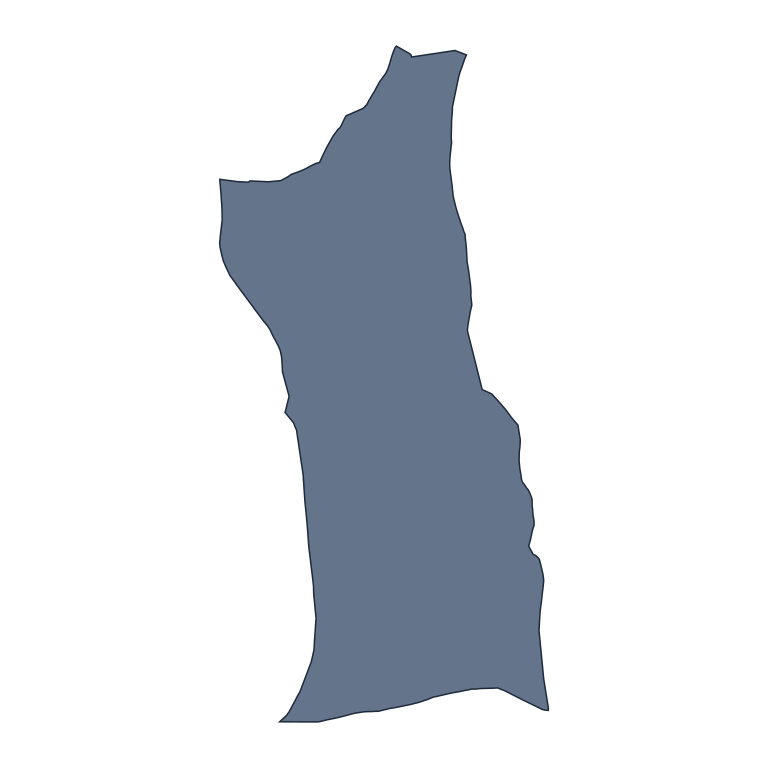 outline of Cap Estate/Saddle Back, Gros Islet, Saint Lucia
{"feature_id": "8701671B10713626030510", "entity_name": "Cap Estate/Saddle Back", "entity_type": "district", "adm_level": 2, "iso_a3": "LCA", "parent_name": "Saint Lucia", "parent_adm1": "Gros Islet", "projection": "equal_earth", "projection_center": [-60.942, 14.101], "detail": "fine", "context": "isolated", "style": "filled", "palette": "slate", "viewbox_px": 768, "rotation_deg": 0, "n_neighbors": 0, "source": "geoboundaries", "source_scale": "gbopen_adm2", "svg_char_len": 3610}
<svg xmlns="http://www.w3.org/2000/svg" viewBox="0 0 768 768"><path d="M548.3,710.4L548.4,708.4L543.7,678.9L539.0,630.4L540.0,613.4L540.2,611.2L540.7,606.7L541.4,602.2L542.1,595.2L542.9,588.9L543.3,585.0L543.7,581.3L543.6,579.3L543.2,575.8L542.8,573.6L542.0,570.3L541.2,566.7L540.3,563.0L539.3,559.3L538.1,557.7L535.6,555.5L533.1,554.3L532.1,552.4L530.4,549.4L528.9,546.4L529.1,544.6L530.4,540.1L532.3,530.8L534.1,525.1L534.1,522.2L533.7,518.7L533.1,515.8L532.8,512.6L532.6,508.9L532.1,505.9L532.1,503.4L532.1,499.4L531.5,497.4L530.1,493.8L528.3,490.0L526.7,488.1L524.2,484.3L522.9,482.8L522.0,481.2L521.5,479.1L521.0,475.6L519.8,468.2L519.1,460.8L519.2,455.6L519.3,451.8L519.8,448.1L520.1,444.3L520.3,439.8L517.9,425.0L515.6,422.4L511.5,417.6L505.9,409.9L497.9,400.7L491.8,394.0L485.8,391.2L482.2,389.6L467.4,330.7L467.8,326.0L469.0,318.8L470.5,310.8L470.9,309.0L471.8,305.3L471.6,302.5L470.8,295.7L471.0,291.7L470.5,285.1L469.9,280.7L469.4,276.5L469.0,273.6L468.4,269.4L467.8,265.8L467.1,262.1L467.0,259.3L466.8,256.4L466.6,251.4L466.2,246.3L465.3,238.1L465.1,234.3L463.9,231.8L463.0,228.7L461.0,223.4L459.3,218.2L456.9,210.9L455.5,205.8L454.1,200.0L453.2,196.1L452.6,190.7L452.1,185.5L451.4,180.2L450.6,174.2L449.9,168.6L449.7,162.7L450.0,157.3L450.6,151.6L451.1,146.8L451.6,142.8L451.2,137.7L451.4,130.6L451.5,126.1L451.6,120.3L452.4,111.3L452.4,107.1L458.6,77.2L459.1,75.3L460.1,71.9L461.5,68.2L462.8,64.5L464.4,59.8L465.6,56.7L466.5,54.9L454.9,50.5L411.6,57.0L411.1,55.0L409.7,53.7L396.3,46.1L395.1,47.6L393.9,50.3L392.5,54.2L391.5,57.2L390.3,61.6L388.0,68.8L385.6,73.6L383.4,76.6L379.6,81.8L376.8,86.9L374.6,91.1L372.6,94.3L370.4,98.1L368.8,100.7L366.6,105.0L365.4,105.8L364.6,107.2L362.6,108.6L346.1,115.8L344.3,119.0L342.8,122.2L341.3,125.4L339.8,127.9L337.9,129.4L335.6,132.7L333.5,135.4L331.0,139.7L326.8,147.2L322.3,156.4L319.6,162.4L315.6,163.5L311.0,165.8L307.1,167.9L304.5,169.3L299.7,171.3L295.1,173.0L291.4,174.3L287.7,176.9L280.9,180.6L269.3,181.7L268.6,181.8L250.0,180.9L248.5,182.2L241.1,181.8L237.3,181.6L219.7,179.3L220.9,192.8L222.0,209.0L222.1,214.3L222.2,219.9L220.5,234.3L219.6,243.4L220.3,248.3L221.3,252.9L222.5,257.9L223.5,261.4L225.8,266.7L230.0,275.6L234.9,282.3L236.1,284.1L262.6,319.9L267.3,325.6L270.0,329.6L272.6,335.3L275.4,340.4L278.3,345.9L280.3,350.8L281.6,357.3L282.2,365.0L282.5,372.0L289.1,396.3L285.1,412.5L293.7,423.0L295.1,426.9L295.5,427.8L296.6,430.2L297.3,435.6L303.1,474.4L304.9,501.3L306.3,515.3L307.3,526.2L307.6,530.4L308.7,545.8L312.7,578.9L313.5,586.1L313.6,591.1L313.7,593.6L313.9,595.9L314.9,606.7L316.1,618.5L315.7,622.6L315.6,624.4L315.2,630.6L314.5,640.1L314.3,644.1L314.0,649.9L313.5,652.0L313.0,654.2L312.2,657.8L311.3,661.7L304.3,680.3L303.1,683.4L299.8,692.1L298.6,694.1L298.0,695.0L294.9,701.0L289.0,712.0L287.7,713.8L286.7,715.3L283.6,718.1L279.7,721.8L301.3,721.9L318.3,721.9L320.3,721.5L327.6,719.7L329.7,719.3L332.8,718.7L338.2,717.5L341.0,716.8L346.3,715.5L350.5,714.3L355.2,713.1L357.6,712.8L360.2,712.4L361.9,712.1L364.2,711.8L368.2,711.6L369.7,711.6L371.2,711.6L375.3,711.3L376.9,711.3L378.2,711.3L390.7,708.3L395.8,707.5L397.4,707.1L398.3,707.0L402.5,706.1L403.3,706.0L404.5,705.7L411.3,704.3L415.0,703.3L417.4,702.8L421.8,701.4L429.1,698.9L430.3,698.3L433.7,697.0L436.5,696.5L438.5,696.0L439.4,695.8L444.6,694.6L452.6,692.8L456.6,692.1L459.7,691.6L465.1,690.4L468.9,689.8L469.8,689.5L471.2,689.1L474.0,689.1L476.3,689.0L478.5,688.8L479.3,688.6L485.6,688.4L492.8,688.2L496.7,688.0L497.5,687.9L504.8,690.8L517.2,697.1L520.7,698.9L538.1,707.4L542.1,709.4L544.9,710.1L548.3,710.4Z" fill="#64748b" stroke="#1e293b" stroke-width="1.5"/></svg>